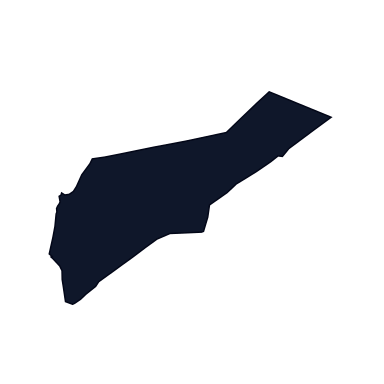 outline of El Mejrya, Tagant, Mauritania, rotated 74°
{"feature_id": "47542326B50345645287156", "entity_name": "El Mejrya", "entity_type": "district", "adm_level": 2, "iso_a3": "MRT", "parent_name": "Mauritania", "parent_adm1": "Tagant", "projection": "equal_earth", "projection_center": [-12.048, 17.981], "detail": "fine", "context": "isolated", "style": "filled", "palette": "ink", "viewbox_px": 384, "rotation_deg": 74, "n_neighbors": 0, "source": "geoboundaries", "source_scale": "gbopen_adm2", "svg_char_len": 1002}
<svg xmlns="http://www.w3.org/2000/svg" viewBox="0 0 384 384"><g transform="rotate(74 192 192)"><path d="M117.0,90.2L124.4,105.0L135.0,125.1L144.3,142.6L141.4,184.4L138.4,216.5L135.7,251.1L134.4,266.4L132.7,278.7L136.6,282.2L145.1,293.2L154.9,301.5L158.8,305.9L160.4,310.7L159.8,315.1L157.0,317.6L158.9,318.8L159.5,320.9L165.2,321.5L167.0,323.1L168.5,325.0L170.5,326.7L174.0,327.4L175.6,328.6L187.3,333.2L197.3,338.2L212.2,346.3L215.3,344.2L215.6,345.4L217.3,344.3L226.7,339.5L229.2,339.1L231.7,338.6L235.5,339.6L240.4,340.9L247.7,341.8L262.5,343.8L267.0,337.7L266.6,335.4L264.4,328.7L260.9,322.0L256.2,310.7L252.5,306.4L249.1,297.0L246.1,288.6L242.8,279.7L238.2,266.9L234.9,258.3L232.6,252.4L227.6,238.7L226.2,227.8L225.8,224.6L228.9,211.8L233.2,193.8L233.0,191.8L220.5,183.8L209.3,178.8L202.3,158.6L197.3,148.8L196.5,147.4L194.8,141.2L190.1,124.5L184.6,108.0L181.0,99.3L182.7,95.3L178.8,89.6L177.0,87.1L165.7,57.2L158.5,37.7L117.0,90.2Z" fill="#0f172a" stroke="#020617" stroke-width="1.5"/></g></svg>